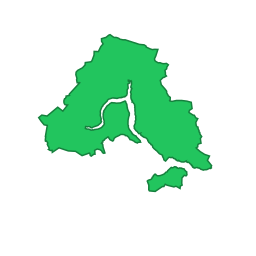 Stranda nor, Møre og Romsdal, Norway, rotated 139°
{"feature_id": "86288312B75373979576065", "entity_name": "Stranda nor", "entity_type": "district", "adm_level": 2, "iso_a3": "NOR", "parent_name": "Norway", "parent_adm1": "Møre og Romsdal", "projection": "albers", "projection_center": [7.009, 62.168], "detail": "fine", "context": "isolated", "style": "filled", "palette": "green", "viewbox_px": 256, "rotation_deg": 139, "n_neighbors": 0, "source": "geoboundaries", "source_scale": "gbopen_adm2", "svg_char_len": 5850}
<svg xmlns="http://www.w3.org/2000/svg" viewBox="0 0 256 256"><g transform="rotate(139 128 128)"><path d="M127.8,109.1L127.7,109.6L127.2,110.3L127.2,111.3L127.3,112.8L127.5,115.5L127.2,116.4L127.3,117.0L127.9,117.8L128.2,119.2L128.5,119.6L128.6,120.7L128.4,120.7L128.5,121.7L128.2,121.9L127.9,126.3L127.5,127.7L126.9,128.8L126.2,129.4L125.9,130.5L122.8,133.9L120.1,136.0L118.6,136.8L118.2,137.6L117.7,137.7L117.2,138.4L116.7,140.5L115.4,143.7L115.2,143.7L113.8,146.3L113.6,146.2L113.1,147.4L113.0,148.6L112.4,149.4L112.5,150.3L117.3,151.9L120.8,154.6L120.9,154.9L122.2,156.4L122.7,156.6L123.5,157.8L125.5,158.3L126.5,158.1L129.3,158.4L135.4,156.7L135.8,155.8L136.6,155.7L138.0,154.4L138.0,154.1L138.3,153.8L138.8,153.5L140.2,151.6L141.4,148.8L142.7,147.7L143.0,146.8L144.0,146.2L147.7,145.7L151.3,146.8L154.3,148.8L155.9,149.4L156.1,150.1L157.3,150.5L158.2,152.8L159.5,153.9L160.5,155.6L159.1,156.9L158.7,156.8L158.0,155.5L157.4,155.4L155.9,154.1L155.7,153.4L156.0,153.1L155.7,152.4L154.8,151.6L153.7,151.6L149.1,149.7L145.2,149.7L143.6,150.4L143.5,151.8L142.4,152.2L140.5,156.0L139.2,157.1L138.1,158.7L136.9,159.5L133.6,161.1L132.4,161.1L131.9,161.6L125.8,162.0L125.4,162.4L123.9,162.5L120.1,160.9L119.0,160.1L119.0,159.7L118.3,159.2L116.9,157.5L114.7,156.6L113.7,155.7L112.9,155.5L112.9,155.1L109.5,153.8L109.6,153.6L107.5,153.6L106.0,154.6L103.7,157.3L101.7,158.0L99.4,161.3L97.1,160.9L96.8,161.8L97.0,163.3L96.4,163.9L95.9,163.3L96.2,163.0L96.1,162.7L96.1,162.4L95.2,161.9L95.5,161.8L95.4,161.2L94.9,160.8L96.6,158.7L99.1,157.0L99.0,156.1L100.2,155.0L99.9,154.9L102.6,153.4L103.4,151.3L104.1,151.1L106.2,148.6L106.5,147.5L106.6,147.2L106.8,147.2L107.1,145.7L107.5,145.3L107.1,145.3L107.5,144.6L107.5,142.1L107.8,140.9L108.2,140.7L108.8,139.5L109.4,139.2L109.5,138.7L110.6,137.5L110.8,137.0L111.5,136.5L112.2,135.1L113.4,134.0L113.8,133.5L114.3,131.8L115.6,130.7L116.2,129.6L117.1,128.8L118.1,128.5L119.1,126.9L122.1,125.5L122.9,124.3L123.0,123.8L123.5,123.6L123.7,120.5L123.3,119.2L123.5,118.5L123.5,116.5L122.2,115.9L122.7,115.8L122.6,114.5L122.7,113.9L122.9,113.9L122.8,113.4L122.4,112.4L122.2,111.7L122.4,111.7L121.9,110.2L121.2,109.5L120.8,108.1L120.8,106.7L121.0,105.8L121.4,105.5L121.4,104.7L121.7,103.7L121.6,102.6L121.3,101.7L121.5,100.5L121.3,100.5L121.1,98.8L121.9,97.3L121.9,95.1L121.6,93.8L121.6,93.0L121.3,92.3L121.2,88.0L120.1,85.7L120.0,84.5L120.7,83.7L120.9,82.2L121.8,80.3L121.5,78.9L121.2,78.8L121.2,78.4L116.6,79.1L116.0,78.8L115.0,77.4L113.8,76.8L113.5,75.8L113.6,75.2L112.6,73.7L112.9,72.9L112.5,72.2L112.3,72.2L112.4,71.2L111.8,70.2L110.9,70.3L110.7,69.0L109.9,67.3L108.0,65.6L106.3,65.1L106.6,65.0L106.2,64.7L106.0,63.9L105.8,63.9L105.6,63.0L105.3,63.0L104.9,62.4L104.5,61.3L104.6,60.3L104.2,58.8L104.6,58.4L104.2,57.6L104.7,57.0L104.8,56.2L104.5,56.2L104.6,55.2L104.4,55.2L103.9,53.9L102.6,53.5L101.6,52.7L101.4,51.9L100.4,50.9L100.1,49.0L98.9,47.3L98.9,46.9L97.5,46.2L95.9,44.9L92.9,44.1L92.2,43.2L91.2,43.2L91.1,44.0L89.6,44.7L89.3,51.5L84.9,53.4L87.5,57.8L89.0,62.8L89.7,67.8L89.6,68.3L87.7,68.0L86.7,69.2L86.0,69.7L84.7,69.5L82.9,68.6L80.3,72.6L78.0,73.2L77.7,76.1L76.8,77.5L77.0,77.7L76.8,78.6L76.1,79.4L75.6,81.4L74.6,82.8L75.1,83.6L75.0,84.9L73.2,87.7L69.2,89.3L70.2,91.2L69.6,94.1L70.4,95.0L71.8,99.7L71.3,100.3L69.9,101.0L66.9,100.6L63.4,105.9L65.9,109.6L69.3,113.4L73.4,117.0L77.2,119.1L78.6,120.7L78.6,121.4L77.7,121.6L76.0,123.4L76.5,126.0L76.2,126.7L75.8,129.1L74.7,130.4L74.5,132.6L74.5,138.8L72.4,142.8L68.4,143.1L67.7,142.6L64.9,142.0L64.8,143.8L63.6,145.0L62.3,147.3L60.0,147.3L58.7,148.5L56.1,149.2L56.6,151.5L58.9,153.1L60.0,154.4L61.0,156.3L62.4,157.3L63.3,159.8L63.5,161.4L62.5,162.9L59.8,164.1L53.9,167.7L56.5,170.1L58.2,171.2L59.5,173.4L61.2,177.2L60.7,177.8L60.7,178.3L61.3,180.2L64.6,183.7L72.2,196.3L73.8,197.7L75.9,200.4L76.1,201.7L77.3,203.9L79.2,205.6L80.3,210.2L81.6,210.7L85.1,210.8L89.4,212.8L91.1,210.7L91.6,207.8L95.1,207.3L100.2,205.1L103.3,208.0L105.8,205.3L111.1,202.4L112.6,202.3L117.3,205.4L119.1,203.7L122.9,203.3L128.2,204.5L130.5,204.2L132.4,202.4L134.0,198.9L135.1,198.2L136.6,195.7L136.7,195.4L135.0,194.3L134.8,193.8L149.9,192.1L150.7,191.6L150.8,191.0L153.8,192.7L154.3,192.0L155.9,191.4L156.7,191.7L158.3,190.8L159.4,189.6L160.1,188.2L160.2,186.8L158.5,185.0L165.0,183.7L166.1,183.5L167.4,189.8L181.2,190.1L184.6,194.3L188.6,194.4L189.1,190.1L189.2,185.4L187.2,182.9L195.9,175.8L195.8,175.5L198.4,173.1L198.9,172.2L198.1,171.8L198.3,169.5L198.6,169.1L199.5,168.8L200.2,166.9L200.3,165.7L201.2,163.9L202.1,164.0L201.4,162.0L199.9,160.9L201.1,159.3L193.1,158.3L188.1,149.9L182.9,144.8L180.8,137.3L173.7,134.5L173.4,134.1L174.5,132.0L174.2,130.9L170.8,130.6L170.1,129.9L168.2,132.4L168.1,132.8L167.5,133.0L165.0,132.3L163.4,130.1L163.0,128.6L163.0,127.4L163.4,126.1L162.9,124.8L161.8,124.3L159.4,129.9L157.9,132.1L157.7,133.0L158.1,133.8L156.8,134.2L156.2,133.9L155.2,134.9L153.8,134.4L152.9,134.8L148.9,134.4L148.9,134.0L149.3,131.0L148.2,128.3L147.3,128.1L145.2,129.3L143.2,129.2L138.9,128.0L138.0,128.1L136.3,126.7L135.1,125.3L134.8,124.4L135.0,124.0L133.9,122.9L133.6,120.7L134.1,117.8L133.3,117.0L132.5,115.1L132.0,114.0L132.1,113.4L131.7,112.2L130.7,110.5L129.9,110.6L127.8,109.1ZM153.1,66.5L149.1,62.3L140.6,61.3L139.3,60.3L136.8,61.1L136.1,59.3L132.0,53.4L130.4,52.8L129.7,52.0L128.4,48.2L126.7,49.8L124.6,49.4L123.8,50.9L120.1,54.9L116.6,55.4L115.6,53.8L114.2,54.0L112.9,56.0L112.5,56.2L112.7,57.4L112.8,59.2L112.5,60.4L113.5,61.4L113.8,62.5L114.2,62.5L115.0,63.9L116.2,64.2L117.0,65.3L116.8,65.4L117.1,66.1L117.1,66.6L117.3,66.6L117.6,67.5L118.2,68.2L119.9,68.5L120.8,69.0L121.2,69.9L126.1,69.7L127.2,69.2L128.6,69.8L130.5,69.5L132.7,70.1L135.0,71.0L137.0,72.4L137.6,73.8L137.5,75.0L138.0,75.5L140.2,75.4L140.8,74.8L142.1,74.9L143.1,74.2L144.3,74.1L147.0,75.3L148.3,75.3L149.8,71.2L152.9,67.7L153.1,66.5Z" fill="#22c55e" stroke="#15803d" stroke-width="1.5"/></g></svg>